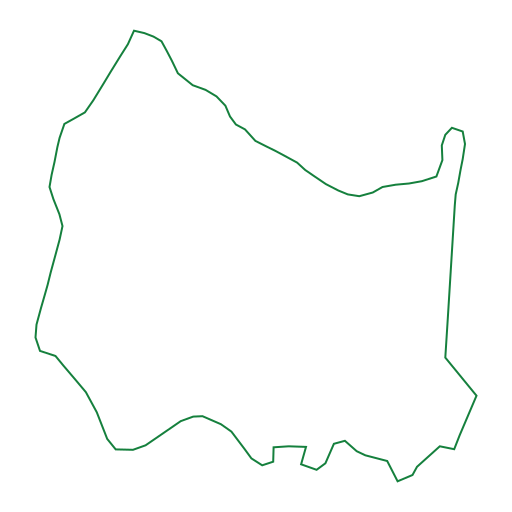 Caaporã, Paraíba, Brazil
{"feature_id": "56859067B18001718921776", "entity_name": "Caaporã", "entity_type": "district", "adm_level": 2, "iso_a3": "BRA", "parent_name": "Brazil", "parent_adm1": "Paraíba", "projection": "mercator", "projection_center": [-34.92, -7.478], "detail": "fine", "context": "isolated", "style": "outline", "palette": "green", "viewbox_px": 512, "rotation_deg": 0, "n_neighbors": 0, "source": "geoboundaries", "source_scale": "gbopen_adm2", "svg_char_len": 1358}
<svg xmlns="http://www.w3.org/2000/svg" viewBox="0 0 512 512"><path d="M134.0,30.7L127.9,44.2L120.6,55.7L110.7,71.7L102.8,84.8L93.3,100.3L84.9,112.4L72.9,119.2L64.4,123.9L59.6,137.8L57.4,147.0L54.5,162.0L51.6,174.9L49.5,187.0L53.4,199.1L59.4,214.2L62.5,226.1L59.6,239.6L55.5,254.8L50.7,272.4L47.6,284.9L44.6,295.5L41.0,308.0L36.5,324.6L35.5,337.5L40.0,350.9L55.5,356.0L63.4,365.6L75.4,379.7L85.9,392.2L96.8,412.3L107.2,438.9L115.7,449.4L133.0,449.8L145.6,445.3L180.8,421.1L193.2,416.6L202.5,416.2L220.9,424.2L231.4,431.6L244.4,448.8L251.4,458.4L262.2,465.3L273.2,461.7L273.6,447.3L288.7,446.3L306.0,446.9L301.1,464.3L316.6,469.8L325.4,463.3L333.9,443.8L344.9,440.8L356.7,451.2L365.3,455.3L387.2,461.0L397.6,481.3L412.5,475.0L417.0,466.8L439.8,446.3L454.2,449.2L459.6,435.4L476.5,395.7L445.3,357.6L447.8,318.3L454.8,205.2L455.7,194.4L458.2,183.1L460.6,169.6L462.7,159.1L465.0,144.0L462.7,131.5L451.9,127.8L445.3,134.8L441.8,145.4L442.4,160.1L436.4,176.5L421.8,181.2L409.0,183.5L395.7,184.7L382.5,187.0L372.8,192.5L359.3,196.2L347.8,194.4L338.3,190.5L325.9,184.1L314.1,176.1L305.2,170.0L297.1,162.6L286.6,156.9L275.4,150.9L266.7,146.6L255.4,140.9L245.0,129.4L235.9,124.5L230.0,116.5L225.4,105.7L216.5,96.4L205.6,89.9L192.7,85.2L177.9,73.3L171.9,60.8L166.9,51.2L161.5,41.3L153.5,36.6L144.4,33.1L134.0,30.7Z" fill="none" stroke="#15803d" stroke-width="2"/></svg>